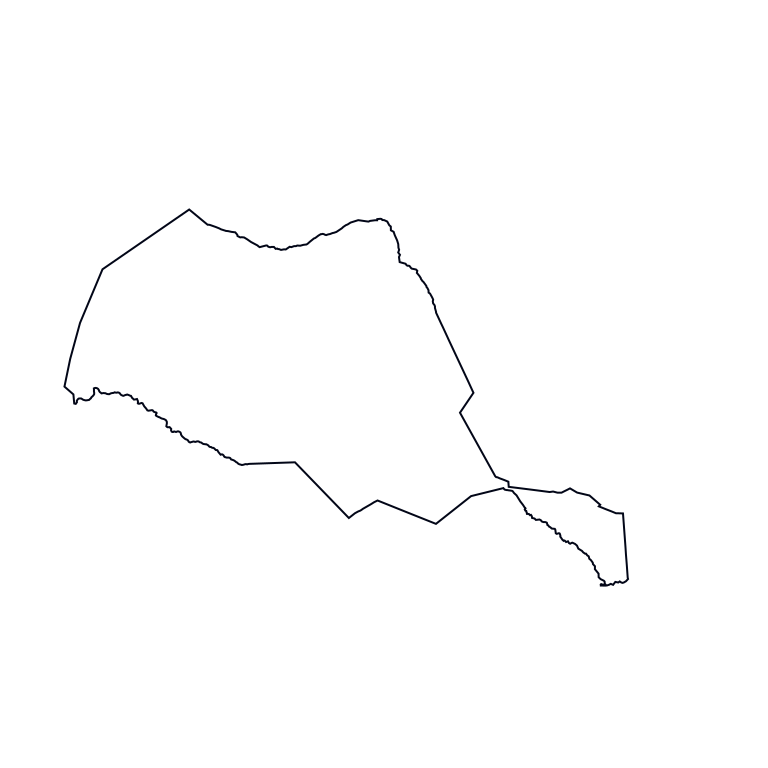 the district of Concepción Pápalo, Oaxaca, Mexico, rotated 25°
{"feature_id": "50627088B12532943049248", "entity_name": "Concepción Pápalo", "entity_type": "district", "adm_level": 2, "iso_a3": "MEX", "parent_name": "Mexico", "parent_adm1": "Oaxaca", "projection": "orthographic", "projection_center": [-96.835, 17.876], "detail": "fine", "context": "isolated", "style": "outline", "palette": "ink", "viewbox_px": 768, "rotation_deg": 25, "n_neighbors": 0, "source": "geoboundaries", "source_scale": "gbopen_adm2", "svg_char_len": 6041}
<svg xmlns="http://www.w3.org/2000/svg" viewBox="0 0 768 768"><g transform="rotate(25 384 384)"><path d="M111.5,532.6L113.0,532.3L113.4,530.3L112.7,529.1L112.8,528.0L113.0,527.2L113.4,526.3L114.3,525.7L115.6,525.1L116.6,525.2L117.8,525.4L118.9,525.3L120.7,524.9L122.1,524.0L123.5,523.0L123.9,521.8L124.4,520.9L124.4,519.8L125.1,518.2L125.5,516.8L125.6,515.7L125.1,514.5L124.2,513.2L123.6,511.8L122.9,510.6L123.4,510.0L124.5,509.3L125.9,509.1L127.0,509.3L128.1,510.0L129.0,510.9L129.9,511.4L131.0,511.6L131.9,511.9L133.5,510.8L135.4,510.1L137.2,510.1L138.5,509.7L139.5,509.2L139.7,508.8L140.2,508.1L141.3,507.2L142.7,506.3L143.4,505.4L144.5,505.2L145.6,504.7L146.3,504.1L147.5,503.9L148.6,504.1L149.3,504.6L150.4,505.0L152.2,505.0L152.9,504.8L154.3,503.2L155.2,502.6L155.6,502.1L157.2,501.9L159.0,501.9L159.7,501.7L161.7,503.1L162.6,503.3L163.8,503.8L164.7,503.4L166.5,502.0L168.1,503.4L168.8,504.6L169.0,505.5L169.6,505.7L170.6,505.3L172.2,503.7L173.3,503.5L176.2,505.6L178.7,506.7L180.7,507.9L181.9,507.7L184.8,505.7L185.7,505.7L186.9,506.4L188.0,506.4L189.7,506.1L190.2,506.4L190.2,507.8L190.5,508.9L191.1,509.1L193.9,509.2L194.5,509.0L195.9,509.2L197.3,509.2L198.2,509.0L199.3,508.8L200.4,508.8L201.8,509.0L203.1,510.0L203.8,511.3L204.6,514.3L205.4,514.6L206.3,514.6L207.9,513.7L210.1,514.6L210.6,516.0L211.7,516.9L212.4,516.9L213.0,516.7L213.5,516.3L213.7,515.8L214.2,515.6L215.8,515.4L216.9,514.2L217.8,513.8L219.2,513.8L220.1,514.0L220.8,514.7L221.4,515.6L222.0,516.0L222.9,516.6L223.7,516.9L224.7,517.2L226.1,517.6L226.9,517.8L227.6,517.9L228.3,517.7L229.4,517.8L230.4,518.0L231.1,518.7L232.2,519.0L233.1,518.9L233.6,518.3L234.2,517.9L234.8,517.3L235.3,516.9L235.9,516.5L237.3,516.3L238.0,515.8L238.7,515.1L239.6,514.6L240.4,514.4L241.4,514.6L242.0,514.6L242.5,514.4L242.9,514.3L243.7,514.4L244.3,514.6L245.3,514.7L246.1,514.6L247.1,514.2L248.0,514.0L248.5,513.7L249.9,513.8L250.7,513.9L251.9,514.5L252.8,514.6L254.0,514.2L254.8,514.4L255.7,514.3L256.4,514.0L257.3,514.1L258.1,514.4L259.4,514.9L260.9,514.4L262.9,515.8L264.5,516.5L265.4,517.0L265.9,517.1L266.1,516.7L267.0,516.2L267.9,516.2L269.0,516.6L269.8,517.3L270.7,517.5L271.3,517.3L272.1,517.3L272.7,517.1L273.4,516.8L274.4,516.3L275.4,516.1L276.1,516.2L276.8,516.7L277.4,517.0L278.4,516.8L279.6,516.7L280.6,516.7L282.1,517.0L283.1,517.3L284.3,517.3L285.4,517.8L286.3,517.9L287.4,517.8L288.3,517.6L289.4,517.5L290.7,516.6L292.0,515.4L292.8,514.9L293.9,514.7L294.5,514.1L295.5,513.4L336.4,492.6L408.8,520.3L412.3,513.4L414.5,510.4L416.1,508.7L416.8,507.6L417.6,506.1L423.0,498.4L425.0,495.3L427.4,492.3L460.3,490.5L490.2,488.8L510.3,448.8L536.2,427.9L536.9,428.3L538.0,428.7L539.7,428.4L541.0,427.9L541.9,427.7L543.4,427.2L545.3,426.7L546.0,426.8L548.0,427.9L550.0,428.5L551.2,428.9L557.1,432.8L560.6,434.6L561.5,435.1L564.0,436.7L564.3,436.6L564.8,436.9L564.6,438.2L565.6,439.0L566.5,438.9L567.0,439.7L567.6,440.0L568.4,441.3L570.2,440.6L571.8,441.2L572.5,440.5L573.4,441.0L573.5,441.1L574.2,441.8L574.8,442.8L577.3,442.3L579.1,443.0L582.2,441.1L583.8,441.2L585.0,441.9L586.7,441.8L588.8,440.9L590.2,440.9L591.8,442.8L592.6,442.7L593.9,443.5L595.1,443.5L597.2,444.1L600.0,443.1L600.8,443.6L602.8,446.7L603.9,446.8L605.6,445.3L606.5,445.3L607.9,446.8L608.3,447.9L608.8,448.1L611.6,449.8L613.0,450.2L613.2,449.7L614.1,449.6L615.8,450.3L617.2,448.8L618.9,450.0L620.2,450.1L621.3,448.6L621.8,448.2L624.7,448.2L627.2,448.9L629.7,451.1L634.0,451.6L635.7,452.4L638.0,452.8L638.8,452.4L640.6,453.4L642.4,453.7L643.9,455.6L646.0,456.2L648.7,457.7L649.5,458.9L650.9,459.5L652.2,460.0L653.4,462.7L658.6,465.2L660.2,468.4L662.8,469.3L666.4,469.4L667.4,469.8L668.5,471.7L669.5,472.1L668.6,472.7L667.3,473.3L666.5,473.5L665.6,473.5L665.4,473.6L665.3,473.8L665.2,474.0L665.2,474.4L665.6,474.8L665.7,475.0L670.0,473.1L671.3,472.3L672.0,471.6L672.7,471.0L673.2,470.3L674.0,469.3L676.5,469.2L676.8,467.8L676.9,467.4L677.3,465.6L680.2,464.9L681.1,463.3L682.6,463.6L684.1,463.5L685.1,462.7L685.7,461.9L685.8,461.7L686.4,460.9L686.7,460.4L687.3,458.5L687.6,457.6L686.7,456.5L680.8,445.9L678.2,441.3L675.3,436.2L671.8,429.8L655.3,400.3L650.4,402.4L648.9,403.1L644.2,403.3L638.3,403.7L630.4,404.1L631.0,402.1L617.3,398.2L615.0,398.7L604.9,400.8L596.7,400.0L595.0,402.2L592.5,405.3L590.8,407.5L587.3,409.1L587.0,409.2L582.7,410.0L579.8,411.9L574.4,413.6L560.9,417.9L540.5,424.5L538.0,420.0L533.6,420.2L528.6,420.6L526.3,420.6L525.0,421.0L523.8,420.6L465.0,377.9L468.8,354.2L458.9,345.8L423.1,315.9L422.9,315.7L413.2,307.5L410.5,305.3L401.0,297.3L400.7,296.6L398.0,293.5L397.5,292.3L396.5,291.2L394.5,290.2L393.2,288.3L393.0,286.9L392.2,286.1L390.8,285.0L387.5,282.6L385.8,282.3L384.7,280.2L382.8,278.7L381.5,278.1L380.9,277.2L376.4,274.7L375.6,274.6L373.0,273.1L372.6,272.5L370.4,271.1L366.8,269.4L366.3,267.3L364.6,266.7L360.4,267.7L359.6,267.5L357.3,266.3L356.5,266.3L355.3,266.9L354.3,266.8L352.7,265.9L346.7,266.9L343.9,262.6L343.9,260.2L341.3,258.8L341.0,256.0L339.5,254.4L337.8,251.2L335.2,248.3L330.9,244.6L328.4,242.0L325.3,241.8L323.6,238.4L321.7,237.9L318.3,235.4L314.9,235.4L313.2,236.1L312.1,235.5L310.9,235.8L308.2,237.4L308.6,238.5L306.8,239.3L302.4,242.1L301.4,243.3L300.0,243.8L291.4,246.4L285.5,251.8L283.6,254.8L282.3,256.2L280.7,258.9L280.0,260.7L276.6,266.3L274.6,268.2L273.6,268.9L271.7,270.9L270.2,272.0L268.6,273.5L267.1,273.7L266.6,273.6L265.1,273.8L263.9,274.7L263.4,274.9L261.9,277.1L260.0,280.7L259.0,281.7L256.7,286.4L255.5,289.2L254.8,290.3L252.2,291.9L249.6,294.1L246.8,295.2L246.0,296.2L244.2,297.1L242.2,299.1L240.5,299.5L238.1,303.6L236.5,304.2L234.0,306.0L231.9,306.1L230.9,306.5L230.0,306.4L228.7,307.3L226.3,306.3L224.1,307.3L223.0,308.2L221.1,308.5L219.7,307.9L218.7,308.2L213.5,312.5L212.0,312.3L210.9,311.9L203.5,311.5L198.9,310.7L195.3,310.3L193.0,311.1L191.7,311.9L188.7,311.8L187.9,310.7L185.1,309.4L181.4,310.6L178.2,311.3L175.9,312.1L175.5,312.1L171.0,312.7L168.9,312.6L165.2,312.8L159.1,313.4L158.2,313.6L156.8,314.2L133.7,308.2L80.4,399.0L82.7,457.1L89.0,493.9L95.5,521.4L106.9,524.7L111.5,532.6Z" fill="none" stroke="#020617" stroke-width="2"/></g></svg>